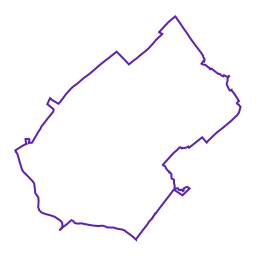 outline of Broscauti, Botosani, Romania
{"feature_id": "2599482B91483518558986", "entity_name": "Broscauti", "entity_type": "district", "adm_level": 2, "iso_a3": "ROU", "parent_name": "Romania", "parent_adm1": "Botosani", "projection": "mercator", "projection_center": [26.483, 47.957], "detail": "fine", "context": "isolated", "style": "outline", "palette": "violet", "viewbox_px": 256, "rotation_deg": 0, "n_neighbors": 0, "source": "geoboundaries", "source_scale": "gbopen_adm2", "svg_char_len": 5702}
<svg xmlns="http://www.w3.org/2000/svg" viewBox="0 0 256 256"><path d="M164.6,201.6L166.7,198.9L169.0,196.0L170.1,194.5L173.8,189.6L182.5,195.3L189.6,188.5L188.4,187.5L187.3,187.1L186.5,187.1L185.5,187.4L184.4,188.0L183.8,188.6L183.7,189.3L183.6,190.1L183.7,190.5L183.3,190.7L182.8,191.1L182.5,190.8L182.1,190.1L181.8,189.6L181.2,189.8L180.5,190.1L179.9,190.1L179.6,189.9L179.0,189.9L178.5,189.3L178.1,188.3L177.3,188.3L176.6,188.5L176.1,188.4L175.5,188.6L174.8,188.1L174.5,187.4L174.7,186.2L174.4,184.4L174.0,183.5L174.0,182.4L174.1,181.2L173.9,179.7L173.4,179.3L172.2,179.0L171.7,178.4L171.5,178.0L171.4,177.8L171.5,176.6L171.4,175.9L171.3,175.6L171.5,175.0L171.3,174.1L171.1,173.6L170.8,173.3L170.1,172.7L169.5,172.7L169.3,172.6L169.2,172.4L169.1,172.2L169.3,172.0L169.4,171.9L169.3,171.6L169.1,171.4L168.7,171.2L168.1,170.9L167.7,170.5L167.1,169.8L166.4,168.8L165.9,168.0L165.8,167.6L165.5,166.7L165.2,166.4L164.7,166.0L163.4,165.5L162.9,165.1L162.8,164.8L170.1,156.8L173.0,153.6L174.9,151.8L175.7,151.1L176.5,150.6L176.9,150.3L177.6,149.4L179.9,147.2L180.3,147.3L180.5,147.3L181.6,148.4L182.3,147.9L182.7,148.1L183.1,148.1L183.9,148.1L186.6,147.5L188.4,146.5L189.1,147.7L202.2,137.3L206.7,142.6L208.3,140.6L213.6,135.5L217.8,131.7L222.4,128.2L225.5,125.6L230.3,121.6L232.0,120.1L233.6,118.4L234.2,118.0L234.9,117.2L236.2,116.1L236.8,115.6L237.3,115.1L237.5,114.6L237.8,114.2L238.6,113.3L239.1,111.7L239.6,110.4L239.9,109.1L240.0,108.6L240.2,108.2L240.3,107.8L240.6,107.0L240.0,106.3L239.2,105.3L238.7,104.7L237.8,104.1L237.3,103.8L236.9,103.7L236.5,103.6L236.3,103.7L238.3,101.5L238.9,101.2L239.0,101.1L238.0,99.6L237.7,98.9L235.6,95.8L234.6,94.0L233.7,93.0L231.8,90.6L231.5,90.3L231.4,90.1L231.4,89.9L230.7,90.3L230.2,90.5L229.9,90.5L229.7,90.1L229.0,89.1L228.8,88.8L228.1,87.4L227.8,86.8L227.5,86.2L227.3,85.8L227.0,85.2L226.8,84.5L226.7,83.6L226.8,83.2L227.2,82.0L227.4,81.5L227.5,81.1L227.6,80.5L227.6,79.9L227.5,79.3L227.5,78.8L227.8,78.0L228.1,77.7L228.3,77.2L229.6,75.6L228.7,76.0L227.9,76.8L227.7,76.9L226.2,76.3L225.8,76.2L225.0,75.8L224.8,75.7L224.7,75.5L224.5,75.4L223.9,75.2L223.2,76.3L222.2,75.9L220.8,75.0L220.0,74.1L219.7,74.1L219.3,74.0L218.8,73.7L218.4,73.7L218.1,73.8L216.8,72.8L212.7,69.6L211.8,68.7L211.4,68.7L211.2,68.7L210.8,69.1L210.6,69.2L210.4,69.0L210.3,68.8L210.2,68.6L209.9,68.4L209.8,68.5L209.6,68.6L209.5,68.2L209.4,67.9L208.7,67.4L208.3,67.2L207.1,66.4L206.2,65.5L205.5,65.1L204.0,64.6L203.0,64.5L202.9,64.5L202.6,64.2L201.5,63.7L203.3,61.1L204.2,61.5L204.6,59.6L204.5,59.4L204.4,59.0L204.0,58.5L203.7,57.8L203.4,57.2L203.2,56.4L203.0,55.6L201.4,53.2L200.6,52.1L198.7,49.6L194.9,44.6L192.1,40.8L190.3,38.3L187.5,33.9L183.9,28.9L181.4,25.2L180.6,23.9L179.4,22.2L177.7,19.9L175.6,16.7L175.3,16.4L170.1,20.7L169.2,21.4L167.6,22.9L166.4,24.4L164.6,26.1L162.6,28.4L161.5,29.5L159.8,31.4L159.0,32.1L159.1,32.3L159.5,32.6L161.3,33.4L162.3,33.9L161.8,34.6L161.2,35.2L159.2,36.9L158.8,37.2L158.1,37.9L157.5,38.5L156.8,39.2L156.2,39.7L155.8,40.2L153.6,42.8L153.3,43.3L150.5,46.3L149.8,47.1L148.5,48.5L144.8,51.7L142.2,53.7L139.5,55.9L136.6,58.4L134.5,59.9L131.9,61.9L128.9,64.4L124.4,59.6L120.9,56.0L116.6,51.7L111.2,56.0L109.9,57.1L105.5,60.4L99.4,65.3L96.0,68.3L94.8,69.4L91.2,72.4L88.6,74.5L87.2,75.5L86.3,76.3L85.1,77.0L82.7,78.9L79.1,82.1L76.3,84.4L75.2,85.1L72.7,87.0L70.3,89.3L68.0,91.9L66.0,94.1L62.3,99.2L60.0,102.1L58.5,103.8L51.8,99.8L50.1,98.2L49.6,99.2L47.3,104.2L49.6,106.0L53.6,109.3L53.5,110.1L53.3,111.0L53.2,111.7L51.3,114.1L48.3,117.7L46.5,120.0L44.7,122.4L42.3,125.3L42.1,125.5L41.9,125.7L41.8,125.9L41.4,126.6L40.9,127.7L40.3,129.0L39.4,130.3L39.0,130.9L38.5,131.6L38.2,132.1L37.3,133.7L36.5,135.0L35.3,137.1L34.5,138.4L33.5,140.1L32.8,141.3L31.8,142.8L30.8,142.7L30.3,142.7L29.2,142.9L28.8,143.0L28.9,142.3L29.2,140.8L29.5,139.5L29.1,139.1L28.6,139.0L27.8,138.9L27.3,138.9L27.0,139.0L26.4,139.0L25.5,139.1L25.6,140.2L25.8,141.3L26.1,142.8L26.4,144.0L25.2,144.4L24.3,144.8L23.6,145.2L20.1,147.3L18.2,148.6L16.1,150.0L15.4,150.2L15.4,150.6L15.7,151.6L16.0,151.7L16.1,152.0L16.2,152.4L16.6,152.8L17.1,153.6L17.4,154.2L17.9,155.6L18.2,156.7L18.6,158.2L19.2,160.3L21.2,167.0L21.8,168.9L22.3,170.1L23.0,171.2L23.8,172.2L28.9,177.3L32.5,181.1L33.1,181.8L33.6,182.6L34.0,183.4L34.3,184.3L34.4,185.2L35.1,190.5L35.2,192.9L37.2,195.9L38.3,197.5L38.6,200.9L38.2,207.3L39.3,210.3L41.6,212.6L45.4,214.0L50.3,215.3L53.1,216.2L54.4,216.7L55.5,217.3L57.9,219.0L58.8,219.5L60.8,221.0L61.3,221.5L61.7,222.1L62.0,222.8L62.3,223.5L62.4,224.3L62.4,225.1L62.3,226.0L62.3,226.3L62.1,227.1L61.7,227.7L61.1,228.5L60.9,228.8L59.7,230.0L59.4,230.5L61.0,229.0L63.1,227.0L67.6,223.6L71.1,220.3L71.3,220.2L72.9,220.9L74.0,222.1L74.6,222.7L75.1,223.1L76.3,223.4L78.2,223.6L78.9,223.6L79.7,223.4L81.2,223.4L82.0,223.4L84.2,224.0L86.3,224.3L88.6,224.8L90.1,225.1L91.5,225.3L94.3,225.7L95.1,225.8L96.0,225.8L97.4,226.0L98.2,226.0L98.7,226.0L101.1,225.8L102.3,225.7L103.1,225.8L105.9,226.7L107.4,227.4L108.0,227.4L109.5,227.5L112.3,227.5L113.4,227.6L114.1,227.7L114.6,227.9L115.2,228.2L116.9,228.6L119.3,229.1L120.5,229.2L121.8,229.5L123.1,229.9L124.1,230.3L124.4,230.5L125.0,230.8L125.8,231.5L127.0,232.4L128.3,233.3L131.6,235.7L133.5,237.2L135.0,238.7L135.5,239.2L136.0,239.6L136.0,239.4L136.0,239.2L137.4,237.4L140.8,232.8L142.2,231.1L142.9,230.0L143.6,229.2L145.0,227.4L145.4,226.7L145.5,226.6L145.8,226.5L146.4,225.7L148.4,222.8L148.7,222.0L149.0,221.7L149.7,221.0L150.5,220.1L150.9,219.7L151.1,219.5L151.7,218.6L152.0,218.7L152.3,218.3L152.4,218.0L152.6,217.9L152.8,217.5L152.9,217.2L152.9,216.9L153.1,216.6L154.3,215.1L154.7,214.5L154.8,214.1L154.8,213.8L155.1,213.9L155.3,213.9L155.5,213.7L155.8,213.4L157.6,210.8L164.6,201.6Z" fill="none" stroke="#5b21b6" stroke-width="2"/></svg>